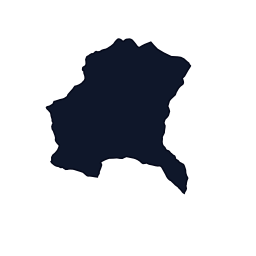 Silambi, Mongar, Bhutan, rotated 63°
{"feature_id": "84629894B22017892255208", "entity_name": "Silambi", "entity_type": "district", "adm_level": 2, "iso_a3": "BTN", "parent_name": "Bhutan", "parent_adm1": "Mongar", "projection": "orthographic", "projection_center": [91.084, 27.121], "detail": "fine", "context": "isolated", "style": "filled", "palette": "ink", "viewbox_px": 256, "rotation_deg": 63, "n_neighbors": 0, "source": "geoboundaries", "source_scale": "gbopen_adm2", "svg_char_len": 3798}
<svg xmlns="http://www.w3.org/2000/svg" viewBox="0 0 256 256"><g transform="rotate(63 128 128)"><path d="M72.7,191.3L74.0,191.4L75.9,190.7L78.1,190.2L79.0,189.9L80.5,190.2L82.5,190.9L85.8,191.5L87.3,192.3L89.7,192.3L90.1,192.8L90.6,193.6L92.1,195.1L94.6,195.9L96.8,195.7L99.2,196.0L101.7,196.3L103.8,196.8L104.5,197.2L105.7,198.0L106.9,198.2L109.2,197.9L111.1,197.4L112.0,197.1L112.6,197.2L113.7,198.1L115.7,200.5L116.5,202.1L117.4,204.3L118.1,207.2L119.5,209.2L122.6,210.7L123.0,211.8L124.3,211.7L125.5,211.2L127.1,210.5L128.3,209.8L129.3,209.0L130.2,207.9L130.8,207.1L131.8,206.5L132.5,206.0L132.8,205.6L132.9,205.1L133.1,204.2L134.7,203.4L136.5,202.3L137.2,200.8L137.5,199.5L138.1,198.1L139.5,195.7L140.4,194.6L141.2,193.8L145.3,189.6L147.0,188.0L150.1,186.8L151.7,186.1L152.5,185.4L152.8,184.8L153.1,184.1L153.8,183.0L154.9,181.4L156.4,179.4L157.7,177.5L157.2,177.1L156.6,176.5L156.0,175.4L155.2,174.3L154.9,174.1L153.9,173.7L151.2,170.6L149.1,168.5L148.1,168.1L146.7,168.5L146.0,167.7L145.7,166.2L145.7,164.3L145.7,162.8L145.9,160.7L146.2,158.5L147.9,155.0L149.4,151.4L151.3,148.8L152.4,146.7L152.4,144.6L152.6,142.3L153.9,140.7L154.7,139.7L155.0,139.3L157.5,136.2L158.6,135.1L160.8,133.4L163.2,132.1L164.9,131.6L166.4,130.7L167.1,128.9L167.5,127.3L169.7,125.6L171.6,123.2L174.1,120.3L175.2,118.7L175.8,117.3L175.9,117.0L177.0,116.0L178.4,115.6L181.3,115.5L187.0,115.3L187.6,115.4L188.7,115.4L189.9,115.3L190.7,115.2L192.1,114.8L193.3,114.3L194.7,113.3L195.5,113.1L198.6,112.0L200.0,111.6L203.2,110.0L204.9,109.7L206.3,109.1L208.6,108.6L209.5,108.5L210.5,108.2L211.4,107.7L211.7,107.5L210.7,106.6L209.7,104.9L208.5,103.6L205.5,102.7L204.9,102.0L203.3,101.0L201.5,99.5L200.9,98.8L199.9,97.7L199.1,97.5L197.2,97.6L194.9,97.2L193.6,96.8L191.6,95.9L190.6,95.7L187.4,95.2L185.9,95.2L185.2,95.5L184.8,95.9L183.9,96.4L182.3,97.6L181.6,97.9L179.7,98.3L177.8,99.6L176.9,99.7L175.9,99.4L174.4,99.2L173.9,99.4L172.3,100.5L170.6,101.0L169.9,101.5L167.7,101.9L166.8,102.3L166.2,103.0L165.1,103.9L164.3,104.1L162.2,104.1L161.5,104.3L159.5,104.9L157.7,104.7L157.1,104.5L155.7,104.0L153.0,102.3L152.1,102.0L151.2,101.4L150.0,99.8L149.0,98.4L148.3,97.7L147.4,97.2L145.9,96.2L144.0,94.8L143.1,94.3L142.9,94.1L140.9,94.0L139.3,93.5L137.0,91.2L135.9,88.0L135.1,86.5L134.0,85.4L131.9,83.5L129.5,83.0L126.6,82.8L122.4,78.8L121.4,76.5L120.5,73.4L119.8,70.9L117.9,68.9L115.5,65.2L114.9,63.9L114.3,62.2L113.8,59.3L113.5,58.9L112.9,58.2L111.5,57.6L109.6,57.3L108.4,57.2L108.0,56.4L107.3,54.1L103.6,48.5L102.2,46.1L101.4,44.8L101.0,44.2L100.5,44.2L99.7,44.6L97.7,44.5L95.8,45.4L91.9,46.9L89.2,48.9L87.4,51.4L84.1,57.1L77.4,62.2L71.2,66.1L66.0,67.7L61.9,68.7L61.3,75.2L61.3,77.4L61.3,78.4L61.5,80.5L61.5,81.2L60.7,82.3L59.1,82.9L56.9,83.2L54.5,83.7L51.7,84.4L50.3,85.3L49.4,86.4L48.3,89.3L48.3,90.4L48.5,91.1L48.6,91.6L48.7,92.2L48.6,93.1L48.1,93.6L46.7,94.0L45.2,95.0L44.4,96.1L44.3,96.7L44.6,98.0L45.4,100.1L46.8,102.7L47.5,105.9L47.6,106.9L47.7,108.1L47.9,109.6L47.9,111.8L47.4,113.7L47.0,115.8L47.2,117.7L47.2,118.7L47.0,119.3L46.3,120.8L45.4,121.7L45.4,122.7L45.9,124.1L46.1,125.1L45.8,126.0L45.4,126.9L45.5,127.9L45.6,129.3L45.9,129.9L45.8,131.2L45.9,132.3L46.9,133.5L47.9,134.5L49.9,135.2L51.0,135.7L52.2,136.3L53.3,137.7L53.5,139.4L53.5,140.3L53.8,140.9L55.2,141.9L56.2,142.0L57.1,141.4L58.1,141.7L58.9,142.2L60.0,142.4L61.3,142.5L62.7,142.9L64.4,143.6L65.6,144.8L66.0,145.4L66.6,147.3L67.2,148.7L67.3,149.7L67.4,150.3L67.5,151.8L67.3,154.3L67.1,155.3L66.8,156.3L67.4,157.6L68.5,159.6L69.0,161.0L70.6,165.0L70.9,165.7L71.1,166.2L71.4,166.6L72.3,167.5L72.6,168.5L72.8,170.4L72.9,171.5L72.7,173.0L71.9,176.3L71.8,177.3L71.2,180.7L71.1,181.4L70.9,181.7L71.2,182.3L72.4,183.4L72.8,184.6L72.9,186.4L73.0,187.3L72.9,188.6L72.5,190.1L72.5,190.9L72.7,191.3Z" fill="#0f172a" stroke="#020617" stroke-width="1.5"/></g></svg>